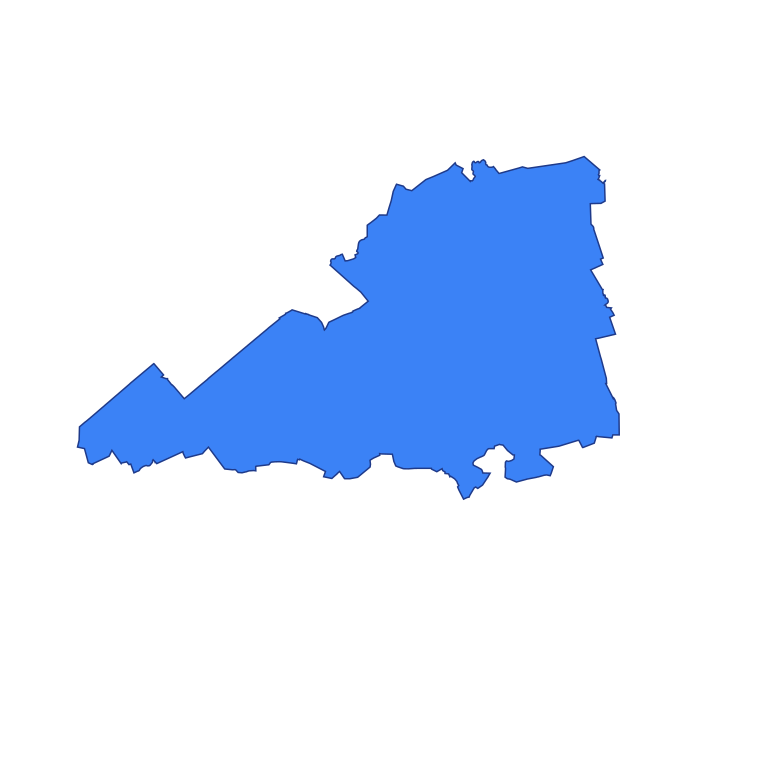 Platones pag., Jelgava, Latvia, rotated 239°
{"feature_id": "27541924B52007351814960", "entity_name": "Platones pag.", "entity_type": "district", "adm_level": 2, "iso_a3": "LVA", "parent_name": "Latvia", "parent_adm1": "Jelgava", "projection": "mercator", "projection_center": [23.71, 56.549], "detail": "fine", "context": "isolated", "style": "filled", "palette": "blue", "viewbox_px": 768, "rotation_deg": 239, "n_neighbors": 0, "source": "geoboundaries", "source_scale": "gbopen_adm2", "svg_char_len": 6104}
<svg xmlns="http://www.w3.org/2000/svg" viewBox="0 0 768 768"><g transform="rotate(239 384 384)"><path d="M514.0,589.8L514.0,589.0L514.3,588.0L515.4,586.1L516.3,585.3L517.3,585.0L518.7,585.1L519.5,584.4L520.5,584.6L521.4,585.3L523.0,585.5L524.9,584.8L524.9,584.6L525.0,584.3L525.1,583.8L525.2,583.7L525.2,582.5L524.6,581.2L524.4,580.5L524.5,579.9L524.7,579.5L525.5,579.7L526.0,579.6L526.5,578.8L526.5,577.7L526.4,576.6L526.8,576.1L527.3,575.8L528.3,575.9L528.7,575.6L528.7,574.8L528.3,573.8L527.2,572.7L526.7,572.2L525.4,571.7L522.9,569.9L522.3,569.7L520.9,570.2L520.2,570.2L518.6,568.7L518.0,568.5L517.6,568.5L516.2,569.1L514.9,569.1L514.6,568.5L514.5,568.1L513.9,566.6L513.1,565.6L512.9,565.2L512.7,564.1L513.3,563.4L513.6,563.1L513.7,562.8L513.3,562.3L525.1,559.4L527.9,562.7L534.5,558.6L536.9,558.9L534.5,548.6L534.5,548.3L536.4,533.2L537.6,525.5L537.6,524.8L535.4,507.4L539.6,503.2L543.6,502.5L548.8,497.6L548.6,497.3L544.4,491.2L537.4,484.6L532.4,479.0L527.3,473.5L531.2,467.1L530.0,462.8L529.1,455.4L528.9,453.0L528.7,451.4L518.9,445.5L518.8,444.4L519.0,443.4L518.3,441.7L519.1,439.0L519.1,437.3L518.8,436.2L518.1,435.1L517.2,434.2L513.2,431.0L512.9,430.5L512.6,429.7L511.7,428.9L510.4,429.4L510.1,429.4L509.5,429.1L509.2,428.4L509.4,427.0L509.4,426.5L509.6,425.7L507.0,424.9L506.9,422.5L508.4,416.4L509.5,414.1L516.7,415.1L517.1,413.7L517.0,412.4L517.9,409.5L517.9,408.4L517.4,407.5L516.8,406.8L516.8,406.0L517.0,405.4L517.5,404.9L518.0,403.7L517.8,402.6L516.8,401.5L515.7,401.4L514.3,400.3L513.7,399.0L483.4,408.4L479.7,409.8L474.6,411.5L463.1,413.1L461.6,402.3L461.4,402.2L461.9,399.9L462.5,395.2L462.3,395.2L461.9,394.0L462.0,393.3L461.9,393.3L462.0,392.5L462.6,390.4L463.8,384.7L464.0,382.8L464.7,374.7L465.3,368.8L465.1,368.2L462.0,363.5L461.3,361.9L461.0,360.7L461.6,360.8L464.0,361.6L469.0,362.2L475.2,361.0L482.1,355.1L482.3,355.2L483.3,354.4L483.3,354.1L483.7,353.7L484.3,353.5L484.8,353.1L484.6,352.6L494.9,343.4L494.8,342.4L494.9,338.6L495.1,336.5L495.3,336.1L494.7,335.7L494.5,335.2L494.5,334.0L494.6,328.2L493.5,328.3L491.5,313.7L491.3,312.9L488.8,296.8L484.1,266.9L484.0,266.5L480.9,247.1L480.9,246.8L479.2,236.1L478.9,235.2L477.7,227.2L474.8,209.1L474.3,205.2L489.4,202.7L492.3,202.0L492.6,201.6L499.3,200.7L500.1,201.2L501.0,199.8L504.7,196.7L505.3,199.7L519.7,197.3L520.0,197.2L520.0,196.9L515.3,167.1L515.0,165.9L508.5,128.0L507.4,121.7L505.4,109.5L505.4,108.8L505.1,106.8L504.1,100.9L492.8,93.7L487.8,88.8L482.9,94.0L468.8,90.0L465.2,92.5L465.1,93.2L465.6,93.3L463.7,111.2L467.3,116.6L451.2,117.7L451.5,118.1L450.0,122.6L449.9,123.4L446.2,123.9L445.8,125.7L436.6,123.9L436.2,127.8L435.9,128.8L436.0,129.8L436.4,130.4L437.0,131.7L437.2,133.2L437.3,134.9L437.1,136.5L436.7,138.2L435.7,139.0L435.0,140.3L434.8,140.9L434.8,141.5L435.4,143.2L436.1,145.0L436.5,145.5L437.5,146.1L438.0,147.1L435.2,147.7L435.3,147.6L434.6,147.4L434.5,147.8L432.8,148.2L429.6,176.7L428.1,176.2L424.2,175.8L422.8,175.8L421.0,181.9L417.8,192.5L418.9,195.8L420.3,201.0L393.2,203.7L389.0,209.3L388.4,210.1L387.3,212.3L386.6,212.7L383.3,213.4L381.0,216.6L380.0,219.9L379.7,220.6L379.2,223.1L379.0,223.7L376.9,227.8L375.6,229.4L379.3,231.5L379.4,231.8L379.4,232.0L377.9,235.3L374.1,243.7L375.1,246.2L375.1,246.5L375.1,246.9L375.0,247.3L373.5,250.4L371.3,254.3L370.1,256.1L366.0,261.3L362.9,265.2L360.7,267.8L361.4,268.6L363.3,270.4L363.9,271.2L362.6,272.4L363.0,273.1L359.6,275.4L354.1,279.6L339.2,288.8L335.6,284.5L330.1,290.4L329.9,290.7L330.7,294.9L331.1,297.4L331.3,297.6L331.9,300.9L323.3,301.4L323.0,301.6L320.4,305.9L317.6,313.4L320.0,329.3L322.2,331.1L325.8,332.7L325.9,333.7L325.9,337.0L325.1,343.7L326.6,344.4L325.5,345.6L319.5,355.0L312.6,352.6L307.7,351.9L306.0,353.1L301.5,356.9L300.8,357.9L298.8,361.1L296.8,365.0L295.8,367.0L291.1,374.9L287.3,381.2L286.6,380.9L286.4,381.0L281.6,384.1L281.5,390.2L279.6,389.7L277.2,391.0L275.9,390.2L273.7,393.1L270.5,392.7L270.7,393.6L266.4,395.7L262.9,396.3L261.2,395.9L258.5,395.8L257.9,394.1L254.5,393.6L244.3,392.9L243.9,396.7L243.4,398.4L243.2,398.6L244.5,400.4L248.5,407.8L248.5,409.5L246.2,410.6L246.6,416.4L251.0,425.7L251.2,425.9L252.9,429.0L256.8,422.9L258.6,423.4L260.2,423.6L260.7,423.5L264.2,421.5L268.4,418.8L270.4,419.5L270.9,420.1L271.7,421.7L272.1,425.2L271.7,429.2L271.5,430.0L271.3,432.4L271.5,433.5L274.2,437.8L274.8,440.2L271.9,445.1L273.8,446.8L273.2,449.6L272.8,451.9L272.4,452.1L270.3,454.6L263.4,455.6L256.8,458.0L256.0,459.2L252.8,456.8L252.8,456.6L252.7,454.1L253.4,451.1L255.0,449.3L254.4,447.8L250.3,445.1L249.4,444.9L247.2,443.5L241.8,439.8L239.3,440.9L237.6,442.9L231.8,447.0L228.9,457.2L228.9,457.4L225.5,466.6L225.1,468.2L224.9,468.4L223.3,474.3L222.4,476.3L222.0,476.9L219.8,479.2L221.5,481.5L225.9,486.6L242.3,481.6L243.0,481.1L246.5,483.6L247.7,484.2L240.6,501.9L235.7,521.6L235.3,522.0L227.4,521.5L227.1,521.7L225.0,533.8L229.4,538.7L229.6,538.7L229.7,539.2L227.9,541.4L220.4,551.6L222.5,554.0L219.2,559.4L237.3,570.0L241.6,569.8L247.8,572.3L248.2,573.1L251.9,573.8L253.8,573.7L253.4,573.0L270.2,574.3L269.8,575.1L274.4,577.5L293.4,583.0L295.9,583.6L313.8,588.7L312.9,591.1L307.5,608.1L325.0,611.8L324.4,616.7L327.3,616.9L331.5,616.7L332.1,618.1L335.0,614.3L337.5,614.6L337.9,614.1L338.1,615.5L338.2,616.8L338.4,617.6L338.7,618.2L339.3,618.7L339.7,618.9L341.6,619.4L342.9,619.1L343.1,618.9L343.3,618.4L343.8,618.1L344.0,618.1L345.2,618.8L346.3,619.2L346.5,619.1L346.3,618.6L346.7,617.9L346.9,617.8L347.3,617.9L347.9,618.3L349.0,618.3L351.5,619.7L352.1,620.4L352.4,619.9L353.2,619.8L375.4,619.9L373.8,633.2L379.5,633.9L379.1,636.8L392.6,639.9L407.7,643.3L408.7,643.5L409.0,643.8L410.5,644.4L412.1,644.3L414.0,643.8L414.7,643.9L432.3,653.7L431.6,655.1L427.1,663.0L426.9,667.7L441.9,676.1L443.2,675.4L443.8,678.0L444.4,678.6L444.5,678.3L444.2,678.0L444.0,677.5L443.6,675.1L446.1,674.3L447.6,673.6L447.8,673.8L449.1,672.8L449.8,674.1L451.6,676.2L452.1,675.5L453.0,675.6L453.6,676.6L454.3,677.1L456.1,678.2L456.3,679.2L475.9,672.7L476.6,669.2L478.5,660.1L480.0,653.7L494.8,618.3L498.8,614.5L499.6,611.1L505.0,591.6L505.3,591.0L510.5,590.2L510.9,590.3L514.0,589.8Z" fill="#3b82f6" stroke="#1e3a8a" stroke-width="1.5"/></g></svg>